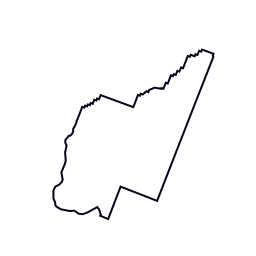 the district of Grant, Washington, United States of America, rotated 21°
{"feature_id": "52423323B96573779490833", "entity_name": "Grant", "entity_type": "district", "adm_level": 2, "iso_a3": "USA", "parent_name": "United States of America", "parent_adm1": "Washington", "projection": "mercator", "projection_center": [-119.611, 47.294], "detail": "fine", "context": "isolated", "style": "outline", "palette": "ink", "viewbox_px": 256, "rotation_deg": 21, "n_neighbors": 0, "source": "geoboundaries", "source_scale": "gbopen_adm2", "svg_char_len": 1193}
<svg xmlns="http://www.w3.org/2000/svg" viewBox="0 0 256 256"><g transform="rotate(21 128 128)"><path d="M133.6,219.9L142.1,220.1L142.1,211.3L142.1,185.4L181.3,185.6L181.5,133.4L181.9,69.3L182.2,31.0L181.4,30.3L181.3,28.1L169.0,28.2L169.0,30.5L166.8,30.4L166.7,34.9L164.6,34.9L164.6,37.1L160.2,37.2L160.2,39.4L158.0,39.4L158.0,52.5L155.8,52.5L155.8,56.9L153.6,56.9L153.6,61.3L151.4,61.3L151.4,63.4L149.2,63.4L149.2,72.2L147.1,72.2L147.0,78.7L144.9,78.7L144.9,79.5L138.4,80.8L134.1,85.0L134.1,87.2L132.0,87.1L129.8,91.4L127.6,91.4L127.6,93.6L125.5,93.6L125.5,106.6L90.7,107.1L90.7,111.5L88.6,111.5L88.6,113.7L86.4,113.7L86.4,118.1L84.2,118.1L84.2,120.3L82.1,120.4L82.0,122.5L79.9,122.5L79.9,124.6L77.7,124.7L77.7,138.1L77.4,139.6L77.9,140.8L77.7,145.2L77.1,148.4L78.0,150.7L77.9,153.6L76.9,155.8L75.5,156.5L73.8,161.8L74.8,164.3L77.0,166.5L78.0,173.3L81.6,180.8L81.9,184.5L81.7,193.4L85.5,199.5L85.5,202.3L83.9,205.8L81.2,208.7L80.9,211.4L80.9,213.4L83.6,220.4L86.5,223.4L88.1,226.4L88.5,226.7L90.2,227.1L90.9,227.4L94.7,227.9L103.4,226.4L107.5,224.4L112.7,225.7L116.8,224.6L120.5,221.3L127.7,212.8L130.3,214.5L133.9,219.0L133.6,219.9Z" fill="none" stroke="#020617" stroke-width="2"/></g></svg>